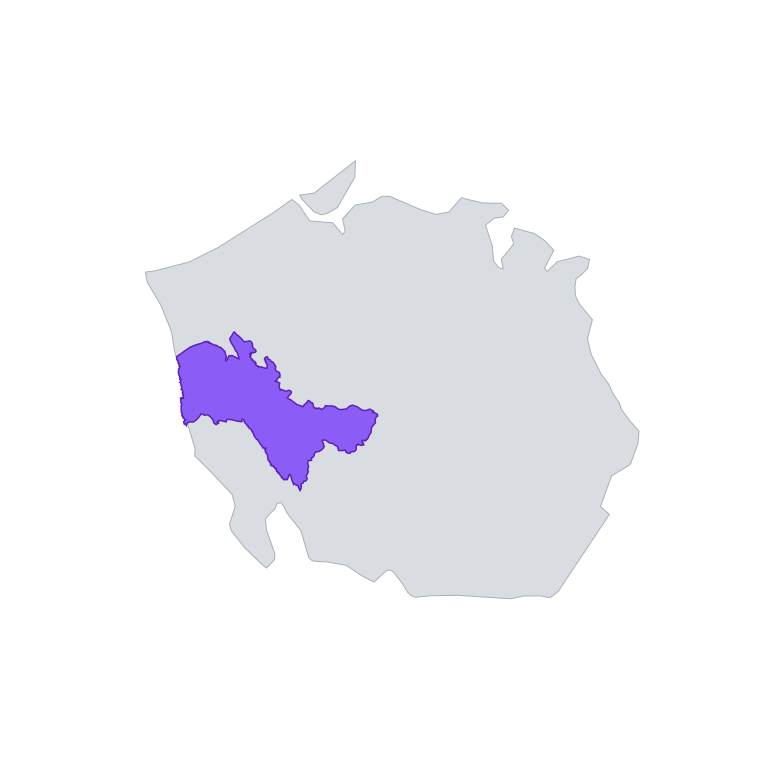 Kenema, Eastern, Sierra Leone shown in context, rotated 124°
{"feature_id": "65957751B6503620183485", "entity_name": "Kenema", "entity_type": "district", "adm_level": 2, "iso_a3": "SLE", "parent_name": "Sierra Leone", "parent_adm1": "Eastern", "projection": "natural_earth1", "projection_center": [-11.159, 7.947], "detail": "fine", "context": "in_parent", "style": "filled", "palette": "violet", "viewbox_px": 768, "rotation_deg": 124, "n_neighbors": 0, "source": "geoboundaries", "source_scale": "gbopen_adm2", "svg_char_len": 7746}
<svg xmlns="http://www.w3.org/2000/svg" viewBox="0 0 768 768"><g transform="rotate(124 384 384)"><path d="M602.2,378.4L601.9,383.6L597.7,407.8L591.1,428.5L586.8,433.6L568.4,439.0L560.5,448.2L553.8,477.6L549.4,500.7L543.1,504.6L516.0,538.0L498.2,550.6L485.9,561.5L474.1,575.7L459.4,589.5L443.6,612.7L432.2,636.9L424.6,644.4L418.7,637.6L391.7,613.7L363.3,597.7L302.7,571.1L282.6,563.6L283.3,554.1L290.3,536.8L279.0,516.5L283.4,501.7L279.0,501.7L270.3,510.6L251.8,508.0L239.6,495.4L229.6,490.7L225.2,484.3L218.9,450.8L214.3,435.7L205.0,426.3L186.4,424.0L178.8,403.5L168.5,387.7L170.2,378.0L178.6,378.5L185.2,385.6L195.7,388.6L208.9,371.4L220.7,362.1L223.5,354.0L222.1,349.5L214.9,356.5L195.3,354.7L190.5,360.9L181.7,362.9L175.0,342.9L175.3,331.0L178.2,318.0L197.9,315.8L199.5,311.6L185.9,308.8L168.8,293.7L165.8,283.3L174.3,279.8L182.4,281.3L189.4,283.6L197.0,279.9L204.2,274.1L208.4,266.8L214.2,247.2L232.8,240.6L243.7,228.6L254.1,210.0L258.8,196.9L263.1,190.3L265.8,184.7L267.8,178.5L272.4,172.7L277.3,158.9L280.6,146.2L291.3,140.2L313.1,134.8L332.7,144.0L364.5,136.0L366.2,124.2L395.3,124.0L429.8,123.8L458.6,123.6L468.4,126.8L472.0,135.6L481.5,149.5L491.3,159.0L503.6,180.1L517.8,204.5L533.2,226.6L543.1,238.6L544.2,242.8L543.5,247.6L538.6,258.8L534.5,271.0L534.9,275.5L537.8,277.8L553.9,281.6L555.4,295.2L555.4,313.9L563.2,331.4L570.7,344.3L570.3,348.9L552.1,370.8L545.1,392.6L541.5,398.8L540.0,403.6L543.7,405.9L548.6,404.5L555.7,406.3L562.4,406.9L571.3,399.1L586.1,379.1L591.1,376.6L602.2,378.4ZM276.7,555.1L274.6,559.5L264.9,548.7L214.9,532.5L229.1,523.8L263.8,521.3L274.1,526.3L278.7,530.5L280.4,538.5L276.7,555.1Z" fill="#d9dde1" stroke="#a8b0b8" stroke-width="1"/><path d="M477.4,571.2L479.8,569.2L479.6,568.5L480.1,567.4L481.7,566.3L481.8,565.1L482.6,564.9L483.2,564.2L483.5,562.9L484.2,563.1L485.1,562.5L486.4,562.7L489.7,560.7L491.6,558.4L492.2,557.0L492.9,557.1L493.4,556.7L493.3,555.1L494.4,555.6L494.4,554.8L496.2,554.0L496.8,554.2L496.8,553.1L497.6,552.0L498.4,551.9L499.1,550.6L500.9,549.2L501.8,549.2L501.6,548.2L502.8,546.6L503.8,546.2L503.9,545.5L504.5,545.6L504.5,545.1L506.1,543.7L506.9,543.3L507.7,542.3L508.0,542.2L508.0,542.8L508.7,543.3L508.5,544.1L508.7,544.4L509.6,544.8L510.4,543.6L510.9,543.7L511.7,542.7L513.2,542.0L513.4,541.1L514.2,540.2L514.7,539.9L515.7,540.0L516.2,539.2L517.4,538.7L520.9,536.1L521.0,535.5L521.8,534.9L522.3,533.7L523.3,533.9L523.7,532.7L523.5,532.3L524.5,531.4L524.0,531.0L524.1,530.7L525.2,529.2L524.7,528.4L527.1,529.0L527.8,528.6L528.3,527.3L528.8,527.4L528.7,526.1L528.3,526.2L528.8,524.7L528.2,525.1L526.6,524.9L525.8,525.2L523.4,523.2L522.4,521.1L521.5,520.4L517.6,519.3L514.3,518.9L510.9,518.9L510.1,514.9L508.9,514.0L508.2,513.1L508.2,510.1L509.2,506.1L511.6,502.8L511.5,500.5L510.9,500.1L510.5,500.2L509.9,499.7L509.4,499.8L509.0,499.3L508.6,500.2L508.6,500.9L507.6,500.3L507.4,500.7L506.9,500.0L506.3,500.2L505.2,498.1L504.1,494.6L503.5,493.7L501.9,494.5L500.9,494.0L498.9,490.7L496.6,484.3L495.0,481.2L494.6,480.8L494.2,480.8L493.9,481.6L492.9,482.0L492.4,481.8L492.0,481.1L492.0,480.4L493.3,478.8L494.1,477.2L494.4,475.3L494.9,474.8L495.0,474.1L494.7,473.1L495.8,472.3L496.0,469.7L495.8,469.1L496.9,467.3L496.6,466.4L496.9,466.1L497.4,466.2L498.5,463.8L499.1,463.5L500.0,461.6L501.1,458.7L500.9,457.7L502.2,454.5L502.6,454.0L503.6,451.1L503.3,450.9L504.8,448.7L503.9,448.2L503.8,447.5L504.5,446.9L503.5,446.0L504.0,445.7L505.4,445.5L506.2,444.9L506.9,443.2L507.3,443.0L507.1,442.5L507.9,441.2L511.8,437.6L512.1,436.8L511.7,436.1L512.2,435.4L512.7,435.3L513.0,433.7L513.3,433.7L514.0,432.6L514.4,432.7L514.2,432.1L514.6,431.8L514.4,431.4L514.6,431.3L514.4,430.9L513.8,430.6L514.3,429.6L514.1,429.5L514.1,428.8L514.5,428.4L514.4,427.9L514.8,427.6L514.9,427.0L514.4,426.2L514.7,425.5L515.1,425.6L515.1,425.2L516.0,424.4L516.3,424.5L516.5,424.0L516.4,422.8L517.0,422.2L516.6,421.5L517.0,421.4L516.7,421.1L517.2,419.8L517.7,419.1L517.9,417.7L518.9,416.6L518.5,416.3L518.8,416.1L518.7,415.5L519.3,414.1L518.9,414.0L519.0,412.7L518.8,412.4L518.2,412.5L518.0,412.3L517.3,410.7L515.7,411.3L515.2,411.0L514.4,411.4L512.9,411.5L512.3,411.9L511.8,411.9L511.8,411.1L512.7,409.3L515.3,406.5L517.3,403.3L516.9,403.5L516.7,402.4L517.0,400.1L516.5,398.3L516.6,397.8L517.7,396.9L518.0,395.7L519.1,394.6L519.3,394.0L517.1,394.3L515.3,395.1L513.6,396.8L511.2,395.7L509.3,396.2L508.7,394.9L507.2,394.4L505.8,394.7L505.2,394.9L504.5,396.3L503.1,397.1L498.9,397.7L498.1,399.2L494.5,400.4L492.3,403.0L490.2,403.9L489.5,403.8L488.6,402.2L487.7,401.4L485.7,402.9L484.7,402.1L483.6,401.8L482.4,401.8L481.2,402.7L478.9,402.7L476.1,400.0L473.4,398.9L471.3,398.5L469.6,398.5L468.5,399.4L465.3,403.8L463.7,402.2L463.1,400.4L463.4,397.1L461.8,391.9L462.3,390.6L461.9,389.0L461.9,387.5L464.6,384.3L461.7,380.3L460.4,379.2L461.8,377.3L461.7,375.7L460.7,373.8L460.4,373.4L459.8,373.3L459.3,373.6L458.1,372.9L456.8,371.0L455.0,370.4L453.4,370.6L451.3,372.1L449.9,372.8L448.9,372.1L449.1,371.5L448.4,371.5L447.8,368.7L446.8,368.0L446.3,367.1L446.0,367.8L445.7,367.8L445.3,367.3L445.1,367.4L445.1,368.4L444.3,368.7L444.3,369.6L443.1,370.6L442.0,369.4L442.3,368.9L441.9,367.9L440.3,367.3L439.9,367.6L439.1,367.0L438.6,367.3L438.2,367.0L437.3,367.0L435.1,367.6L431.6,367.6L426.8,370.1L420.9,369.4L419.5,370.8L417.1,371.9L414.9,371.9L414.1,371.3L412.7,372.7L413.2,375.2L412.9,377.1L413.7,377.2L413.7,377.6L412.3,377.8L412.6,378.9L412.6,381.3L413.4,382.3L415.5,383.7L416.7,384.9L417.9,387.6L417.8,393.1L419.0,397.7L419.6,398.7L422.0,400.3L425.6,401.1L428.9,404.9L430.3,407.2L430.2,411.9L431.3,415.0L433.4,417.9L434.7,420.4L436.2,420.2L437.7,420.4L440.2,421.7L440.0,423.8L440.4,424.6L441.5,424.8L441.7,426.7L442.8,427.4L442.7,428.7L442.0,430.0L440.8,431.1L439.7,432.7L440.3,434.1L439.8,435.2L440.0,435.6L439.7,437.0L440.3,437.7L442.4,437.6L446.4,438.6L448.1,438.5L448.6,439.3L448.4,440.2L449.7,444.3L449.4,451.4L449.2,452.7L449.6,453.6L449.5,456.1L449.2,456.5L443.4,455.8L442.4,456.4L442.0,457.4L442.0,458.6L442.7,459.6L445.0,461.3L445.5,464.4L446.0,465.0L445.9,466.0L446.4,466.6L446.9,466.8L444.7,469.7L441.6,470.9L441.6,472.6L442.4,474.5L442.5,475.6L442.0,475.7L441.6,474.9L440.3,475.2L439.1,475.1L438.4,475.6L437.7,475.3L436.6,474.1L436.1,474.8L435.0,474.9L434.7,475.6L433.4,476.5L433.0,477.4L433.2,477.8L433.0,478.6L433.5,479.9L433.3,481.3L432.5,482.3L430.0,483.5L427.9,488.4L428.6,490.2L427.8,491.4L427.7,492.9L428.3,494.0L426.9,495.4L426.7,496.3L427.4,496.8L429.0,497.3L430.2,497.0L430.2,496.4L430.6,496.2L430.4,495.9L430.8,495.3L431.9,494.9L432.0,494.0L432.8,493.1L432.8,492.3L434.5,490.8L435.8,490.1L436.5,490.0L436.8,491.0L437.3,491.1L438.0,493.2L438.1,494.8L438.8,495.3L439.5,497.2L440.0,497.3L439.9,497.9L439.5,498.3L439.6,498.9L440.0,499.1L439.7,501.6L438.6,501.5L438.0,502.4L438.5,502.9L437.8,503.2L438.3,504.2L437.7,504.6L437.5,505.2L438.2,506.2L437.7,506.3L437.1,507.0L437.2,508.5L436.9,508.7L436.5,510.4L435.8,510.0L435.5,510.6L434.6,510.6L434.3,511.9L433.2,511.7L433.2,511.0L432.5,511.5L432.5,511.9L432.2,511.9L431.8,510.6L431.2,510.4L431.1,509.5L430.1,509.3L429.5,508.4L428.2,508.5L427.5,509.7L427.4,512.2L427.0,513.1L426.0,514.3L424.2,515.6L423.5,516.7L423.2,518.9L423.7,519.9L424.9,520.8L427.3,524.1L426.3,526.6L425.5,531.2L425.4,534.2L424.5,537.0L425.0,537.5L425.6,537.5L429.3,537.2L431.9,537.4L433.0,537.0L434.9,534.4L437.9,527.9L439.5,525.5L439.7,524.1L440.4,522.8L444.1,518.2L444.4,518.4L445.3,525.5L447.0,528.0L447.6,528.3L451.1,527.6L453.2,528.1L451.6,529.6L450.1,529.5L445.7,534.5L446.1,535.4L445.2,537.9L445.0,540.0L445.8,541.9L445.4,543.8L446.1,544.8L445.9,545.2L447.1,547.4L446.8,548.7L447.6,551.1L446.8,551.9L447.2,552.6L447.7,552.6L447.4,553.1L447.5,554.4L448.5,554.6L448.8,556.0L452.2,558.0L456.5,561.7L461.9,565.3L477.4,571.2Z" fill="#8b5cf6" stroke="#5b21b6" stroke-width="1.5"/></g></svg>